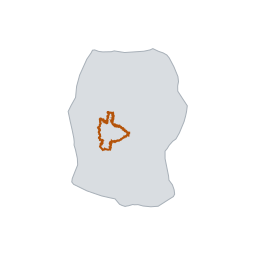 location of Likolobeng, Maseru, Lesotho, rotated 317°
{"feature_id": "5366337B98429078950414", "entity_name": "Likolobeng", "entity_type": "district", "adm_level": 2, "iso_a3": "LSO", "parent_name": "Lesotho", "parent_adm1": "Maseru", "projection": "robinson", "projection_center": [27.995, -29.48], "detail": "fine", "context": "in_parent", "style": "outline", "palette": "amber", "viewbox_px": 256, "rotation_deg": 317, "n_neighbors": 0, "source": "geoboundaries", "source_scale": "gbopen_adm2", "svg_char_len": 6460}
<svg xmlns="http://www.w3.org/2000/svg" viewBox="0 0 256 256"><g transform="rotate(317 128 128)"><path d="M162.3,166.6L156.3,168.5L155.5,168.7L151.6,168.2L146.5,168.7L142.5,169.8L139.3,170.2L134.2,175.7L124.9,190.8L122.4,194.0L121.7,199.9L119.6,204.6L117.0,208.2L114.4,209.1L106.6,207.6L96.7,205.8L91.0,201.2L85.8,195.3L83.1,190.9L80.3,188.5L79.3,187.2L75.3,185.2L73.7,184.1L72.4,183.4L70.8,180.5L69.8,178.0L70.2,171.0L67.3,166.9L62.4,159.7L59.3,153.9L55.1,146.0L52.5,139.2L49.8,132.1L50.1,129.1L52.7,127.0L60.2,123.4L66.0,120.7L70.2,115.7L74.7,108.2L76.9,103.7L79.1,101.6L81.5,98.4L85.8,91.4L90.4,83.5L95.5,75.1L101.8,72.7L110.5,69.9L118.8,62.5L128.8,56.3L144.8,49.6L152.3,47.9L155.1,46.9L156.9,48.2L158.8,52.0L161.5,55.2L167.8,60.8L170.5,62.2L177.0,70.5L184.0,76.2L192.0,82.7L197.5,86.0L200.3,86.9L202.6,92.7L204.9,97.0L206.2,101.1L205.9,105.0L203.3,114.6L199.6,124.4L196.6,128.5L193.0,131.1L189.5,135.0L188.1,142.9L186.5,152.2L181.9,156.0L178.3,158.5L173.3,161.6L162.3,166.6Z" fill="#d9dde1" stroke="#a8b0b8" stroke-width="1"/><path d="M124.1,132.9L123.9,132.5L124.0,132.4L124.5,132.5L124.9,131.9L125.4,132.5L125.7,132.2L124.8,131.2L124.7,130.9L124.5,131.0L124.2,131.3L124.0,131.2L124.3,130.4L124.4,130.0L124.2,129.4L124.6,129.2L124.6,128.8L124.3,128.7L123.8,128.8L123.7,128.6L123.5,128.1L123.6,127.7L124.2,127.4L124.3,127.1L124.2,127.0L123.8,127.1L123.4,126.2L123.5,126.2L123.8,126.5L124.1,126.4L123.8,126.0L123.7,125.6L124.3,125.2L124.4,124.9L124.3,124.7L123.9,124.4L123.8,124.0L123.1,123.8L123.0,123.6L123.1,123.4L123.6,122.8L123.7,122.4L123.5,122.0L123.2,121.9L122.8,121.7L122.7,121.1L122.8,120.8L123.3,120.7L123.4,120.4L123.2,120.2L122.8,120.3L122.4,120.4L122.1,120.6L121.7,120.6L121.6,120.3L122.2,119.5L121.9,118.7L121.6,118.7L121.7,119.1L121.3,119.1L120.8,119.2L120.6,119.1L120.6,118.9L120.9,118.6L120.9,118.3L120.2,118.3L119.7,118.1L119.6,117.9L119.7,117.7L121.0,117.8L121.2,117.6L121.2,117.3L121.1,117.1L120.9,117.0L120.3,117.2L119.7,117.2L119.6,116.9L119.6,116.7L119.9,116.6L120.4,116.6L120.7,116.1L120.4,115.9L120.0,116.0L119.5,115.9L119.6,115.3L119.4,114.9L119.6,114.6L119.7,113.9L120.1,113.8L120.4,113.5L120.2,113.0L120.2,112.9L120.5,112.9L120.7,112.7L120.3,112.1L120.7,112.1L120.8,111.4L121.0,111.7L121.4,111.8L121.6,111.4L121.9,111.3L122.0,111.4L121.9,111.9L122.0,112.1L122.3,111.8L122.7,111.8L122.9,111.7L122.7,111.1L122.9,111.1L123.1,111.2L123.5,111.2L123.8,111.0L123.6,110.5L123.5,110.2L124.1,110.5L124.3,110.4L124.2,109.9L124.5,109.5L124.7,109.0L125.0,109.1L125.0,109.4L125.5,109.5L125.6,109.3L125.3,109.0L125.2,108.5L125.4,108.5L126.0,108.9L126.2,108.3L125.6,108.3L125.4,108.1L125.5,107.9L125.8,108.2L126.1,107.8L126.6,107.7L127.0,107.3L126.6,106.8L126.7,106.7L127.1,106.8L127.2,106.7L126.9,106.6L126.9,106.4L126.7,106.3L126.8,106.2L126.7,105.9L126.4,105.8L126.0,105.4L125.8,104.9L125.4,104.8L125.1,104.3L124.8,104.1L124.7,103.3L124.6,102.9L124.1,102.5L123.8,102.6L123.5,102.9L123.5,103.6L123.7,104.1L123.5,104.8L122.9,104.9L122.4,105.4L121.8,105.4L121.3,105.2L121.1,105.4L121.2,105.6L120.7,105.6L120.5,105.9L120.7,106.4L121.0,106.4L120.7,106.8L120.2,106.9L120.0,107.1L119.7,107.1L118.8,107.3L118.6,107.5L118.6,107.8L118.3,108.1L118.2,108.6L116.3,110.2L115.8,110.1L115.8,109.8L115.6,109.6L115.8,109.2L115.8,108.7L115.5,108.8L115.5,108.4L115.0,108.3L114.9,108.1L115.0,107.9L115.4,107.9L115.6,107.8L115.2,107.7L114.8,107.5L115.0,107.2L115.6,106.9L115.3,106.7L115.5,106.1L115.1,106.3L114.8,106.2L115.1,105.9L115.2,105.7L115.1,105.4L114.8,105.3L114.8,105.0L114.9,104.9L114.8,104.7L114.2,104.7L114.6,104.5L114.5,104.4L114.5,104.2L114.3,104.0L114.7,103.9L114.5,103.7L114.6,103.4L114.8,103.4L114.7,103.0L114.7,102.8L114.6,102.6L114.4,102.6L114.3,102.4L114.1,102.2L113.4,102.3L113.2,102.8L112.8,103.1L112.6,103.6L112.1,104.0L112.1,104.7L111.4,105.0L111.4,105.4L111.1,105.6L111.0,106.2L109.7,106.3L109.5,106.7L109.0,106.9L108.7,107.4L108.5,107.6L106.9,107.2L106.6,107.9L106.2,107.7L106.1,108.1L106.1,108.5L106.0,108.9L106.3,108.9L106.6,109.3L106.5,109.5L106.0,109.9L106.2,110.2L105.9,110.6L105.5,110.7L105.2,110.5L104.7,110.5L104.0,110.9L103.7,111.2L103.8,111.5L103.5,111.8L103.3,112.5L102.9,112.9L103.2,113.3L103.1,113.7L102.4,114.5L102.2,114.9L102.0,115.2L100.3,115.1L100.0,115.4L100.2,115.8L100.1,116.1L100.2,116.3L100.1,116.5L99.9,116.6L99.8,117.2L99.6,117.4L100.2,117.6L100.2,118.3L100.0,118.7L100.2,119.0L100.8,119.3L101.2,119.4L101.2,119.6L100.9,119.7L100.4,119.7L99.9,120.1L100.0,120.2L99.8,120.2L99.8,120.7L99.3,121.4L99.1,121.2L98.7,121.3L98.4,121.1L98.3,121.4L98.2,121.4L98.2,121.6L97.9,121.8L98.0,121.9L97.8,122.0L97.6,121.7L97.6,121.4L97.4,121.3L97.4,121.0L97.1,120.9L96.8,121.2L96.5,121.9L96.1,122.1L95.8,122.1L95.1,122.3L94.9,122.4L94.8,122.9L94.9,123.4L94.8,123.6L94.8,124.7L94.7,125.6L94.9,126.2L94.6,126.6L94.6,126.9L95.3,127.0L95.6,127.4L96.0,127.4L96.2,127.6L96.7,127.4L96.9,127.3L97.0,127.6L97.3,127.5L96.9,127.8L96.9,128.0L97.2,128.2L97.4,128.5L97.9,129.2L98.3,129.9L99.2,130.8L99.5,130.8L100.3,131.2L100.4,131.5L100.7,131.3L100.7,131.0L100.9,131.0L101.1,130.6L101.4,130.4L101.5,130.2L101.4,129.9L101.5,129.5L101.9,129.7L102.2,129.5L102.4,129.9L102.5,129.7L103.1,129.4L103.3,128.9L103.8,128.9L103.9,128.7L103.7,128.7L103.7,128.4L103.8,127.7L104.0,127.7L104.5,128.2L104.8,127.8L104.7,127.7L104.4,127.8L104.3,127.0L104.5,127.0L104.6,126.6L105.0,126.5L105.4,126.2L106.1,126.5L106.2,126.9L106.4,126.8L106.4,126.5L106.6,126.5L106.6,126.8L106.8,126.6L107.0,126.8L107.2,126.6L107.2,126.9L107.4,126.8L107.6,127.2L107.5,127.4L107.7,127.6L108.0,127.6L108.0,127.9L108.1,128.1L108.3,128.1L108.2,128.1L108.4,128.0L108.7,128.1L108.7,128.3L109.0,128.4L108.9,128.6L109.0,128.6L109.1,128.9L109.2,129.0L109.5,128.9L109.5,129.0L109.4,129.1L109.7,129.2L109.6,129.4L109.8,129.4L110.2,129.7L110.6,129.7L110.8,129.6L111.0,129.6L111.3,129.8L111.6,129.8L111.6,130.2L112.2,130.6L112.9,130.8L112.9,131.1L113.0,131.1L114.2,131.4L114.7,131.4L115.0,131.7L115.4,131.6L115.7,131.3L116.3,131.7L116.8,131.8L117.2,131.7L117.7,131.8L118.1,131.8L118.2,132.0L118.5,132.0L119.0,131.9L119.0,132.1L119.4,132.1L119.7,132.2L119.7,132.3L120.0,132.2L120.1,132.3L119.9,132.4L120.2,132.4L120.3,132.6L120.3,132.4L120.5,132.6L120.6,132.4L120.8,132.4L120.9,132.5L121.3,132.5L121.5,132.5L121.8,132.5L122.1,132.6L122.1,132.8L122.4,132.8L122.5,132.7L122.6,132.8L122.7,132.7L122.8,132.8L123.0,132.8L122.8,133.0L123.1,132.9L123.3,132.9L123.5,132.8L123.5,133.0L123.7,132.8L123.8,132.9L124.0,132.8L124.0,133.0L124.1,132.9Z" fill="none" stroke="#b45309" stroke-width="2"/></g></svg>